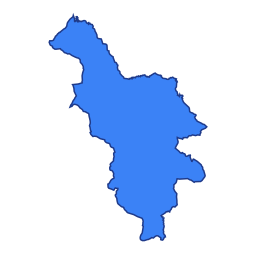 Da Krong, Quảng Trị, Vietnam (Robinson projection)
{"feature_id": "81297802B86066179794931", "entity_name": "Da Krong", "entity_type": "district", "adm_level": 2, "iso_a3": "VNM", "parent_name": "Vietnam", "parent_adm1": "Quảng Trị", "projection": "robinson", "projection_center": [106.951, 16.569], "detail": "fine", "context": "isolated", "style": "filled", "palette": "blue", "viewbox_px": 256, "rotation_deg": 0, "n_neighbors": 0, "source": "geoboundaries", "source_scale": "gbopen_adm2", "svg_char_len": 5734}
<svg xmlns="http://www.w3.org/2000/svg" viewBox="0 0 256 256"><path d="M202.0,180.5L204.9,176.6L205.1,175.4L203.7,170.5L202.8,169.4L202.6,167.2L201.7,166.1L201.1,164.7L197.3,161.4L193.6,159.1L193.2,159.2L192.4,160.8L192.0,161.4L191.7,161.3L190.2,157.4L190.1,156.6L190.4,155.6L190.3,155.1L188.7,155.3L187.5,156.1L186.4,156.3L185.8,156.1L185.5,155.8L185.2,154.6L184.7,153.8L183.1,153.5L182.6,152.6L182.1,152.6L181.4,153.2L180.2,152.7L179.0,151.3L175.3,148.2L175.8,146.8L177.9,143.0L178.1,141.8L177.3,138.5L177.3,137.4L179.5,138.4L181.6,138.7L182.5,139.2L183.0,138.7L183.3,137.6L184.2,137.7L185.5,137.5L187.2,137.8L189.1,135.7L190.9,135.8L192.5,134.9L195.6,135.6L197.6,134.9L199.9,135.2L200.1,134.0L200.9,132.6L200.5,131.5L201.7,129.8L205.4,128.2L206.8,126.8L204.3,124.5L202.4,124.0L201.8,123.4L197.3,121.3L196.9,120.9L196.8,120.3L195.7,119.5L194.6,117.1L196.0,115.6L195.9,114.8L194.9,114.3L193.9,114.1L192.8,113.1L190.9,112.5L189.7,111.6L189.3,108.3L188.8,107.3L184.1,102.9L183.2,101.6L182.2,99.0L182.1,98.5L182.5,98.3L181.7,97.4L182.8,96.4L182.7,95.5L182.1,95.2L180.5,95.4L180.0,95.1L179.8,94.6L179.5,96.0L179.3,95.6L179.1,95.8L179.0,95.5L178.2,95.5L178.0,94.9L177.6,95.0L177.8,94.1L177.3,93.2L177.2,92.1L176.9,91.6L175.9,90.7L175.4,89.0L175.5,88.2L176.4,86.9L176.6,83.2L176.8,82.2L177.0,82.1L176.6,81.7L177.1,81.4L176.8,80.9L176.1,80.9L176.1,80.3L175.8,80.6L175.5,80.4L175.5,80.1L175.8,80.2L175.8,79.8L176.2,79.5L176.4,78.9L173.5,78.0L173.1,77.4L172.5,77.2L171.1,77.9L170.6,77.6L169.5,78.4L169.1,78.4L168.9,79.1L168.1,79.4L166.7,79.2L166.1,78.7L162.9,78.3L161.2,76.7L161.5,76.1L160.7,75.2L160.1,75.4L157.9,74.8L156.1,73.9L155.3,73.1L154.2,73.4L151.2,75.2L151.2,75.4L149.6,76.0L149.5,76.9L149.2,77.2L148.1,76.7L147.4,76.9L146.9,76.3L146.4,76.7L145.2,75.7L145.1,75.1L144.6,74.9L143.8,75.2L143.1,75.1L142.7,75.6L142.2,75.4L141.7,75.9L140.6,75.7L140.3,76.5L139.9,76.1L138.7,76.6L138.4,76.0L137.6,76.5L136.6,76.4L135.8,77.0L135.5,77.7L134.7,77.3L133.7,77.8L133.4,77.3L132.2,77.4L132.3,78.2L132.0,78.8L131.1,78.0L130.6,78.6L129.4,78.5L129.4,79.1L129.1,79.3L127.0,78.7L124.1,78.4L123.5,77.0L122.2,76.0L120.0,73.5L119.9,71.9L119.6,71.3L117.8,69.8L117.4,67.3L117.9,65.2L117.1,64.7L116.8,63.6L116.1,62.6L114.8,62.2L113.2,57.7L113.1,56.8L111.7,56.0L109.7,54.2L108.9,52.2L109.0,51.0L108.0,50.7L107.2,49.9L107.0,45.6L106.8,44.9L106.1,44.5L105.9,44.1L102.8,43.7L101.3,39.0L98.2,38.5L97.5,38.0L97.1,37.2L96.9,34.9L95.9,32.6L95.0,31.2L94.9,30.3L94.4,29.0L92.7,27.8L93.2,26.2L92.9,26.1L92.3,24.6L90.2,24.1L90.0,23.3L89.3,23.1L88.5,24.2L88.2,23.7L88.3,22.8L87.6,23.2L87.0,23.2L86.5,22.8L85.8,21.2L84.8,20.6L83.6,20.6L82.8,21.0L82.1,21.1L81.7,21.6L80.7,21.2L80.0,21.6L78.7,20.4L78.2,21.8L77.9,21.9L77.1,21.3L77.1,21.0L77.8,19.7L77.7,18.4L77.9,17.8L77.3,17.4L77.2,16.7L76.9,16.6L76.2,16.8L76.4,18.2L76.0,18.6L76.8,19.6L75.4,21.0L75.2,21.5L74.9,21.6L74.5,21.1L74.6,19.8L74.2,17.9L73.3,15.4L73.0,16.7L70.0,19.2L67.8,22.2L67.3,23.2L66.7,26.3L65.7,27.7L65.2,28.3L64.0,28.9L60.8,31.5L60.1,32.3L59.4,32.3L58.8,32.8L58.7,33.2L57.7,33.8L56.6,35.4L55.4,36.3L55.0,37.5L53.9,39.1L53.8,39.7L53.1,40.4L51.7,40.8L49.7,40.8L49.2,42.3L50.1,44.8L50.6,45.3L52.5,46.3L52.6,47.5L53.7,48.5L54.4,48.7L54.7,49.1L55.8,49.2L60.4,48.7L61.1,49.8L62.2,50.3L63.1,51.1L64.4,52.6L66.1,53.1L67.9,54.0L69.2,53.6L72.0,55.5L75.3,57.1L77.3,57.9L78.5,58.1L80.1,59.6L80.4,62.4L82.2,64.4L83.2,66.4L83.4,67.3L83.1,68.1L83.6,69.0L83.7,69.8L82.7,72.7L82.1,75.8L82.4,80.5L82.0,81.7L82.2,82.8L78.3,84.0L72.6,84.6L73.0,85.2L73.9,88.2L74.2,91.4L76.3,95.9L74.8,98.1L74.4,99.1L73.2,100.6L71.9,103.6L70.8,105.0L70.0,107.1L72.1,106.2L72.6,105.3L73.6,104.5L74.4,104.3L75.8,104.5L77.6,105.2L78.7,106.1L80.0,107.9L82.4,109.6L83.3,111.4L85.7,111.8L86.1,112.3L88.6,113.5L89.0,114.7L89.0,115.7L90.2,120.9L90.3,123.1L89.5,125.8L90.0,127.1L90.5,130.3L91.2,131.6L91.2,131.8L90.1,132.4L90.9,134.4L92.9,136.5L94.4,136.2L96.7,136.5L100.3,138.7L104.7,139.8L104.9,141.1L105.5,141.9L106.6,142.7L109.3,143.5L109.8,144.0L110.6,146.5L111.5,147.2L113.5,148.0L114.9,152.2L113.7,153.1L113.7,154.6L114.1,156.5L113.5,158.9L113.5,160.9L110.7,163.5L110.2,164.3L110.7,166.3L109.8,167.1L109.8,169.1L110.3,170.2L112.0,170.6L112.7,171.4L113.7,173.5L113.4,175.9L113.9,176.9L114.0,177.6L113.8,178.4L112.3,179.0L110.9,180.3L109.2,183.3L108.7,183.8L107.9,184.1L108.1,187.2L108.8,188.2L111.7,189.2L113.5,190.1L113.9,190.1L114.9,188.3L115.3,188.0L116.8,188.4L117.9,188.4L117.9,189.1L117.6,189.9L116.6,190.9L116.3,191.5L116.4,193.9L115.5,194.6L115.3,195.2L115.5,196.1L116.8,198.3L117.1,200.9L117.6,203.0L118.1,203.9L121.5,206.7L123.0,207.1L123.8,207.6L124.0,208.6L124.9,209.9L126.5,211.4L127.1,212.3L127.9,212.8L133.7,214.6L137.5,216.6L141.9,218.2L142.2,218.6L142.8,219.7L143.2,221.5L142.9,222.6L142.9,224.2L142.5,225.6L143.3,226.3L142.2,233.0L140.8,235.2L140.2,237.2L140.3,238.9L140.7,239.7L142.4,240.6L144.3,240.6L147.3,239.6L148.7,239.4L149.7,238.7L150.4,238.6L151.6,237.6L153.4,238.0L155.2,236.4L156.8,235.7L158.0,235.9L160.8,237.8L160.9,238.2L160.7,239.4L160.9,239.8L162.5,240.1L163.2,239.6L164.4,237.2L165.4,236.9L165.0,235.3L164.1,234.6L163.4,232.8L163.7,231.8L163.2,229.7L163.6,229.0L163.6,228.0L164.1,226.9L164.0,225.5L163.5,224.4L163.8,223.8L163.4,222.5L163.7,220.8L162.9,220.1L163.5,219.7L163.5,219.1L163.9,218.1L162.8,217.9L162.8,216.9L161.9,216.9L161.1,215.6L165.6,212.6L166.2,211.7L167.2,211.8L167.8,211.3L168.4,211.2L169.4,212.0L169.7,212.0L170.0,210.7L171.2,209.2L171.9,207.5L173.2,206.6L175.0,207.0L175.7,206.1L176.7,205.5L177.2,204.4L176.9,203.1L176.9,200.7L176.5,196.8L176.8,193.7L174.9,191.4L173.5,188.5L173.9,187.4L173.9,184.7L175.6,183.2L176.3,182.1L177.1,178.8L179.7,179.1L187.7,178.6L190.0,179.9L191.1,180.1L194.2,182.3L195.0,181.7L200.6,181.5L202.0,180.5Z" fill="#3b82f6" stroke="#1e3a8a" stroke-width="1.5"/></svg>